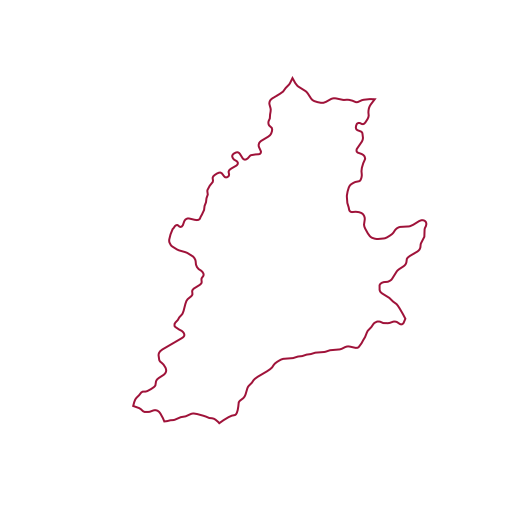 Monte Plata, Monte Plata, Dominican Republic (orthographic projection), rotated 59°
{"feature_id": "3306468B2740041336238", "entity_name": "Monte Plata", "entity_type": "district", "adm_level": 2, "iso_a3": "DOM", "parent_name": "Dominican Republic", "parent_adm1": "Monte Plata", "projection": "orthographic", "projection_center": [-69.842, 18.762], "detail": "fine", "context": "isolated", "style": "outline", "palette": "rose", "viewbox_px": 512, "rotation_deg": 59, "n_neighbors": 0, "source": "geoboundaries", "source_scale": "gbopen_adm2", "svg_char_len": 6128}
<svg xmlns="http://www.w3.org/2000/svg" viewBox="0 0 512 512"><g transform="rotate(59 256 256)"><path d="M386.7,160.3L381.8,160.0L375.3,159.9L371.7,160.0L369.6,160.3L365.6,162.0L360.6,163.3L353.0,167.2L351.2,167.8L349.9,167.8L348.7,167.5L344.8,165.2L344.4,164.7L343.9,163.6L343.8,161.8L344.2,159.9L345.5,157.3L346.0,156.2L346.2,154.2L346.1,152.3L345.6,151.0L341.7,143.3L341.3,142.1L341.0,140.1L340.8,134.7L340.6,133.4L340.2,132.2L339.5,131.1L338.8,130.3L336.2,128.2L335.7,127.2L335.4,125.9L335.2,123.9L335.3,115.3L335.1,113.9L334.7,112.6L334.0,111.5L333.2,110.6L331.0,109.0L330.2,108.2L326.2,101.8L319.9,97.7L319.1,96.9L317.9,95.0L316.7,93.8L315.7,93.2L314.5,92.9L313.2,93.1L312.1,93.7L311.2,94.6L310.6,95.6L310.3,96.9L310.1,98.2L310.2,105.1L309.8,108.5L309.4,109.7L305.4,117.3L305.0,118.5L304.8,120.5L305.1,122.4L305.5,123.6L306.8,126.3L307.3,128.2L307.5,131.0L307.5,134.4L307.2,136.4L306.7,137.6L304.3,142.6L303.6,143.8L302.2,145.4L300.1,147.2L298.9,147.8L297.6,148.2L294.2,148.5L288.7,148.3L286.7,148.0L284.8,147.3L280.6,143.9L279.4,143.2L277.5,142.7L275.5,142.7L273.6,143.4L271.5,145.1L269.4,147.8L267.8,151.1L267.1,151.9L266.1,152.4L265.6,152.5L264.5,152.4L262.0,151.5L257.6,150.4L252.0,147.6L250.9,146.9L247.8,144.2L245.0,141.1L244.0,139.4L243.6,138.1L243.5,136.7L243.5,134.7L243.7,132.8L245.0,129.1L245.0,127.9L244.4,126.8L243.2,125.3L241.7,124.0L240.5,123.3L237.6,121.9L234.9,119.8L231.7,116.3L229.6,113.3L228.9,112.4L227.2,111.8L226.0,111.7L224.7,112.0L223.0,112.9L219.7,115.6L218.5,115.9L218.0,115.8L217.0,115.3L216.2,114.5L212.4,106.2L211.3,104.7L209.9,103.5L206.1,101.8L205.1,101.5L204.5,101.5L203.4,101.9L200.6,104.1L199.6,104.6L199.0,104.7L198.3,104.6L197.2,104.2L195.8,103.0L194.7,101.5L194.6,100.9L194.7,99.7L195.5,98.5L197.5,97.2L198.1,96.3L198.3,95.3L197.9,93.6L196.1,89.9L195.0,88.3L193.7,87.1L190.8,85.7L189.2,84.6L187.6,83.2L186.3,81.6L185.3,79.8L182.8,73.5L180.2,77.5L177.6,83.1L177.0,84.9L176.5,89.3L176.1,90.4L175.4,91.3L172.5,93.4L170.1,95.8L168.9,97.5L167.8,99.8L167.1,100.9L162.0,106.4L160.9,108.0L160.4,109.3L160.1,110.6L159.9,116.7L159.4,119.3L158.0,121.6L155.7,124.1L153.2,126.3L151.4,127.3L149.4,127.7L143.4,127.9L141.4,128.2L140.2,128.6L132.5,132.5L131.3,132.9L128.0,133.3L122.3,133.1L125.1,137.4L126.0,139.1L127.3,144.1L128.5,146.9L129.0,148.1L129.3,151.8L129.3,160.8L129.5,162.3L129.9,163.6L130.6,164.7L131.9,165.9L133.1,166.4L136.7,167.4L138.0,167.9L139.7,169.1L141.9,171.0L145.2,173.3L146.8,175.6L147.6,176.4L148.6,177.0L149.7,177.4L150.9,177.5L154.3,176.5L155.9,177.0L157.3,178.1L158.9,180.0L159.7,181.8L160.0,184.1L160.0,192.4L160.3,193.9L160.8,195.1L162.1,196.5L163.2,197.1L164.5,197.4L168.9,197.9L169.9,198.6L170.2,199.1L170.5,200.2L170.2,201.2L168.7,204.1L167.0,208.4L167.0,209.4L167.8,211.9L168.1,213.0L168.1,214.8L167.7,215.9L166.8,216.7L165.6,217.1L160.4,217.2L159.1,217.4L158.0,218.0L157.5,218.5L157.0,219.7L156.8,221.7L156.9,223.0L157.4,224.2L157.9,224.8L158.4,225.1L159.6,225.4L160.8,225.4L162.0,225.2L164.8,223.7L165.8,223.5L166.9,223.6L167.8,224.4L168.1,225.0L168.4,226.2L168.3,232.0L168.4,233.5L168.7,234.8L169.4,235.8L169.8,236.2L172.1,237.0L172.9,237.6L173.5,238.5L173.6,240.1L173.2,241.2L172.4,242.0L171.2,242.3L167.6,242.7L166.5,243.3L166.0,243.7L165.5,244.9L165.2,246.9L165.3,249.7L165.7,251.6L166.4,252.6L166.8,253.0L169.2,254.0L170.3,255.0L171.9,259.4L174.3,263.4L175.1,264.2L178.5,265.7L181.0,268.7L184.2,271.2L186.6,274.3L189.8,276.8L192.7,281.1L193.8,283.1L195.2,285.0L195.4,286.6L194.7,288.3L193.4,289.9L189.5,293.9L188.7,295.0L188.4,296.3L188.4,297.6L188.8,298.8L189.5,299.9L191.9,302.8L192.5,304.4L192.3,305.5L192.1,305.9L191.3,306.5L189.3,307.2L188.9,307.5L188.5,308.5L188.6,310.0L189.7,312.4L190.0,313.6L193.5,318.2L197.2,321.9L198.4,322.7L199.7,323.2L202.3,323.4L203.6,323.3L204.9,322.8L209.8,320.3L211.5,319.1L216.3,314.6L218.0,313.3L224.1,310.2L226.1,309.9L228.0,310.0L229.3,310.4L232.5,311.9L235.1,312.3L237.7,311.9L240.3,310.6L242.1,310.1L243.9,310.1L245.0,310.5L245.4,310.8L246.1,311.7L246.8,313.5L247.3,314.3L248.1,314.9L250.4,316.0L251.2,316.8L251.6,318.0L251.8,319.3L251.9,326.2L252.5,328.0L253.2,328.8L255.5,329.9L256.3,330.4L256.6,330.9L257.1,332.1L257.8,336.8L258.7,338.8L260.6,341.1L265.8,346.4L267.6,348.7L268.1,350.0L269.1,353.4L270.6,356.0L271.5,359.3L272.3,360.8L273.7,361.7L274.2,361.9L275.3,361.7L279.4,359.8L282.0,358.2L283.7,357.7L285.0,357.6L286.2,357.8L287.2,358.4L287.6,358.9L288.1,360.2L288.2,362.2L287.9,384.4L288.3,387.3L289.2,389.1L290.0,390.0L291.0,390.7L295.3,392.5L296.9,392.6L299.5,391.7L301.5,391.2L305.1,391.1L306.5,391.4L307.8,391.9L308.8,392.7L309.5,393.7L310.0,394.9L310.3,396.3L310.5,402.1L310.8,404.1L311.3,405.3L312.0,406.3L315.0,408.8L315.5,409.8L315.8,411.1L316.0,414.6L315.8,418.8L315.3,420.6L313.9,423.0L313.9,424.7L315.1,427.8L316.0,431.5L316.8,433.4L318.5,435.6L321.3,438.5L326.2,434.5L328.0,433.6L330.8,432.8L332.2,431.9L334.0,429.0L334.8,427.3L335.5,423.6L335.9,422.4L336.6,421.3L337.9,420.1L339.8,419.3L341.9,419.1L347.0,419.3L350.6,419.8L351.8,417.1L352.7,414.0L354.1,411.3L354.5,410.1L355.4,403.5L357.2,398.9L357.9,393.0L358.3,391.7L358.9,390.5L361.2,387.8L365.8,383.4L367.9,381.6L370.8,379.5L372.4,377.3L373.7,376.0L374.7,375.4L375.8,374.9L378.7,373.9L380.4,373.6L380.0,368.5L380.0,362.5L380.4,359.0L381.5,355.9L381.4,354.7L380.5,353.1L378.6,351.0L375.9,348.7L373.4,346.8L372.5,346.1L371.8,344.5L371.3,340.1L370.6,338.2L369.4,336.4L365.0,331.6L364.2,330.5L363.6,329.2L362.5,324.8L361.2,322.1L360.7,320.2L360.4,316.7L360.5,305.9L360.3,302.3L359.8,299.6L358.5,296.9L357.9,295.1L357.6,292.4L357.6,289.6L357.7,287.6L358.2,285.6L362.6,276.8L363.8,271.8L365.6,267.9L366.6,263.4L368.3,259.5L369.4,255.0L373.5,246.8L373.9,245.6L374.9,241.1L379.2,232.3L379.7,230.3L380.0,226.4L380.5,224.4L381.2,223.2L382.1,222.1L386.0,218.0L386.9,216.4L387.0,215.8L386.9,214.7L385.1,210.4L383.2,207.2L381.7,204.3L378.8,200.5L377.7,198.8L376.3,193.7L374.8,190.5L374.4,189.2L374.4,187.9L374.6,185.9L375.5,184.3L376.3,183.4L379.0,181.5L381.5,177.6L382.2,175.9L383.0,172.0L383.6,170.9L384.3,170.0L385.2,169.2L388.4,167.7L389.2,167.0L389.7,166.1L389.7,165.0L389.4,164.0L386.7,160.3Z" fill="none" stroke="#9f1239" stroke-width="2"/></g></svg>